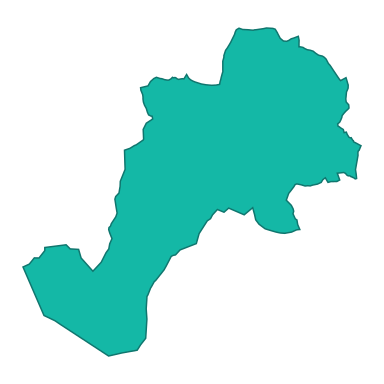 Giwa, Kaduna, Nigeria
{"feature_id": "59680162B2967434957315", "entity_name": "Giwa", "entity_type": "district", "adm_level": 2, "iso_a3": "NGA", "parent_name": "Nigeria", "parent_adm1": "Kaduna", "projection": "albers", "projection_center": [7.407, 11.046], "detail": "fine", "context": "isolated", "style": "filled", "palette": "teal", "viewbox_px": 384, "rotation_deg": 0, "n_neighbors": 0, "source": "geoboundaries", "source_scale": "gbopen_adm2", "svg_char_len": 3815}
<svg xmlns="http://www.w3.org/2000/svg" viewBox="0 0 384 384"><path d="M346.0,77.7L340.6,80.6L339.5,79.4L337.9,77.1L336.7,75.3L333.6,70.7L330.1,65.4L328.4,63.5L326.1,59.1L324.3,57.3L322.4,56.1L318.6,55.2L315.6,53.2L313.2,51.2L310.1,50.2L307.1,49.7L306.6,49.4L305.0,48.7L303.0,47.4L300.6,46.9L299.4,46.8L299.0,46.8L299.0,43.5L299.1,40.3L298.3,36.3L293.6,38.1L291.2,38.8L290.3,39.4L289.0,40.3L286.7,41.3L283.4,41.0L280.2,38.3L277.6,33.4L277.5,33.0L275.2,29.2L272.9,28.4L266.4,28.0L263.2,28.7L259.7,29.2L256.3,29.7L254.2,29.9L253.4,30.2L251.6,30.1L248.8,29.8L247.4,29.7L243.1,29.5L242.7,29.5L239.0,28.2L236.3,29.8L235.2,32.1L234.6,34.3L232.1,39.4L231.8,40.0L230.7,42.3L229.0,45.2L228.5,46.0L227.3,48.0L225.6,50.3L223.9,55.5L223.9,57.2L222.8,61.2L222.8,67.4L222.8,70.3L222.9,71.5L222.3,73.4L221.2,77.4L220.8,79.4L220.2,81.3L219.6,84.4L216.0,85.1L211.6,85.3L206.1,84.8L201.4,84.0L194.8,81.9L192.5,80.9L190.4,79.7L188.6,78.0L187.3,75.7L186.6,74.5L183.9,78.9L182.4,78.7L180.4,79.0L179.5,79.2L178.7,79.4L177.2,78.9L176.0,77.9L175.0,77.5L173.5,77.8L172.5,77.3L171.5,78.3L170.8,79.0L168.7,80.1L167.2,80.1L164.4,79.6L162.8,79.0L161.8,78.7L160.1,78.5L159.1,78.2L156.4,77.3L153.9,78.5L150.5,81.5L148.0,85.9L140.6,87.7L140.9,90.3L141.5,91.7L142.7,94.7L143.0,97.0L143.0,99.0L143.4,102.0L144.5,105.2L146.3,108.5L147.4,112.2L148.6,114.9L151.0,116.1L152.1,116.2L152.7,119.0L146.3,123.2L143.2,129.4L143.6,139.1L143.2,140.0L136.3,144.8L134.3,145.6L130.0,148.3L124.5,150.2L125.1,169.4L120.3,181.3L120.1,186.5L119.7,188.6L119.0,193.0L116.0,196.2L115.7,196.5L114.9,199.2L116.1,207.1L117.1,213.1L115.8,216.8L111.3,223.7L110.6,225.8L110.4,226.3L109.0,227.5L108.7,229.6L109.7,232.9L111.0,236.2L112.0,238.6L109.7,243.8L108.8,248.9L106.1,252.6L101.2,262.3L92.9,271.2L81.1,258.0L78.6,249.4L70.2,248.9L66.1,244.8L44.8,247.5L44.8,250.6L39.0,258.0L34.3,257.9L29.3,264.1L23.0,267.0L44.0,315.5L54.9,320.7L60.5,324.5L108.6,356.0L118.7,353.7L121.6,353.0L137.2,350.2L140.6,344.8L145.7,338.3L146.9,319.1L146.2,308.9L146.7,301.0L146.9,298.0L146.9,296.6L147.9,294.9L150.6,288.0L151.4,286.8L154.4,281.4L155.4,280.8L163.8,270.2L164.3,269.5L164.3,269.4L166.0,266.4L171.2,256.4L173.1,255.4L175.5,254.9L180.1,249.9L196.3,243.6L199.1,233.6L203.9,226.1L207.3,220.8L210.5,218.7L212.5,214.9L217.4,209.5L224.0,212.2L228.7,208.1L244.2,214.8L252.7,207.7L254.6,214.7L255.7,219.8L259.0,224.2L265.1,228.8L270.3,230.4L275.8,232.0L278.5,232.6L280.5,233.0L284.7,233.3L291.5,232.1L292.0,231.9L296.7,229.8L299.8,229.5L297.7,224.6L296.9,219.9L295.3,218.9L293.0,213.8L293.6,211.6L293.7,211.2L293.1,208.8L291.3,205.3L286.3,200.2L288.7,193.4L291.0,190.5L293.8,186.8L295.1,184.6L296.8,183.9L301.2,184.8L305.1,186.0L307.7,185.7L310.2,185.9L312.6,185.1L317.5,184.1L321.2,182.4L322.8,179.7L325.3,177.8L328.0,182.4L330.9,181.6L336.9,181.5L339.7,180.0L337.3,173.2L343.8,172.5L345.5,173.4L346.3,174.4L346.7,174.9L347.3,175.4L347.9,175.7L348.9,175.9L349.7,175.8L350.1,176.0L350.7,176.4L351.1,176.8L351.6,176.7L351.9,176.8L352.1,177.1L352.5,177.4L352.9,177.4L353.6,177.7L354.1,178.0L354.4,178.4L354.9,178.7L355.4,178.9L356.6,178.5L356.4,176.3L356.2,174.3L355.5,169.6L358.0,155.4L357.9,152.8L358.2,151.1L359.1,150.3L361.0,145.7L359.4,144.9L358.0,144.1L356.3,143.2L353.6,141.8L353.4,140.7L352.6,140.1L351.2,137.7L350.4,137.9L348.8,137.1L348.3,136.1L347.8,135.4L347.0,133.9L346.9,133.6L346.3,132.1L344.1,132.6L343.3,129.5L340.4,127.7L339.4,126.9L338.4,126.3L338.0,126.1L337.7,123.8L339.6,122.3L340.7,120.2L341.8,117.5L342.1,115.9L342.2,115.5L343.2,114.3L343.2,114.2L344.3,112.9L345.3,111.8L345.3,111.7L346.7,110.4L348.2,109.0L349.0,108.0L348.9,107.4L348.9,106.9L348.7,104.8L348.0,104.0L346.9,102.8L346.2,102.0L345.9,99.9L345.8,98.8L346.0,97.2L346.5,91.9L347.1,90.6L347.6,89.4L348.1,88.1L348.2,85.0L347.7,83.5L347.1,81.3L346.0,77.7Z" fill="#14b8a6" stroke="#0f766e" stroke-width="1.5"/></svg>